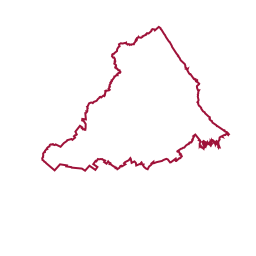 Waitomo District, Waikato, New Zealand (Robinson projection), rotated 142°
{"feature_id": "76426892B29950050378985", "entity_name": "Waitomo District", "entity_type": "district", "adm_level": 2, "iso_a3": "NZL", "parent_name": "New Zealand", "parent_adm1": "Waikato", "projection": "robinson", "projection_center": [174.849, -38.431], "detail": "fine", "context": "isolated", "style": "outline", "palette": "rose", "viewbox_px": 256, "rotation_deg": 142, "n_neighbors": 0, "source": "geoboundaries", "source_scale": "gbopen_adm2", "svg_char_len": 5668}
<svg xmlns="http://www.w3.org/2000/svg" viewBox="0 0 256 256"><g transform="rotate(142 128 128)"><path d="M81.0,71.7L82.4,69.9L81.9,70.1L81.6,69.7L82.2,68.9L81.8,68.7L82.3,67.8L82.2,67.6L81.7,67.7L81.3,67.2L81.4,66.5L81.0,66.2L81.3,65.8L81.2,65.2L80.7,65.7L79.9,65.5L79.3,66.1L79.2,66.7L78.8,66.0L78.5,66.8L78.5,67.6L78.8,67.8L78.6,68.3L78.8,68.6L77.8,71.1L77.3,70.7L76.5,71.2L76.3,70.8L77.5,69.6L77.7,67.9L76.6,68.3L75.8,69.4L75.3,68.5L76.7,67.0L77.0,66.1L75.1,66.9L74.6,67.8L74.1,68.0L74.5,66.3L74.4,65.6L73.8,65.3L73.7,63.1L72.5,63.7L71.8,63.8L72.5,64.5L72.5,66.4L71.9,66.6L71.8,65.9L71.3,66.5L71.4,65.8L72.0,65.7L71.4,65.3L70.1,66.4L70.4,65.5L69.8,65.1L69.5,65.2L69.4,66.0L69.1,66.6L68.9,66.5L69.0,65.1L68.5,65.2L68.4,64.3L68.9,64.1L68.7,63.6L69.2,63.4L68.7,62.8L68.9,62.4L68.5,62.3L69.2,61.0L68.5,61.3L67.7,63.2L67.3,62.9L66.3,63.2L66.2,62.8L67.0,62.8L67.2,62.2L66.5,61.5L65.5,61.7L66.5,60.7L67.1,61.3L67.5,61.2L67.7,58.5L68.1,57.9L68.6,57.6L68.4,57.2L68.6,56.7L68.0,56.9L67.7,56.5L66.8,59.4L65.3,61.6L62.9,62.5L62.9,62.9L61.6,64.1L59.7,63.9L59.2,63.1L59.2,63.6L58.5,63.6L56.8,63.3L55.7,62.6L55.2,62.9L54.3,62.8L53.8,62.1L53.3,60.8L52.8,61.2L52.4,61.1L52.4,62.5L52.8,63.3L52.6,63.8L53.6,65.3L53.5,65.8L53.9,66.5L53.6,66.9L54.0,67.1L56.4,74.6L56.8,74.8L56.7,75.9L58.1,80.3L57.6,82.0L58.1,82.7L58.4,84.5L58.1,85.2L57.5,85.2L56.9,86.2L57.4,87.3L58.0,91.0L58.2,92.0L57.9,93.1L58.6,95.0L58.4,98.2L57.9,98.9L58.1,101.3L58.4,101.9L57.8,104.0L57.2,104.5L57.4,105.6L55.8,106.1L55.2,106.6L53.6,109.9L52.7,110.6L52.3,111.5L51.4,111.9L50.9,112.7L49.6,113.7L48.8,114.0L49.6,114.7L49.0,116.8L48.3,118.1L47.8,118.6L44.5,118.8L44.9,118.9L44.6,119.1L45.1,121.7L44.6,122.4L44.9,122.4L44.7,122.8L45.4,122.7L45.7,123.0L45.5,123.5L44.9,123.7L44.7,124.8L45.4,124.9L45.6,126.3L45.9,126.3L45.6,132.0L46.1,132.2L46.3,133.2L45.7,137.0L44.7,137.7L45.3,137.7L45.5,138.1L45.1,137.9L45.0,138.2L45.3,140.8L44.5,141.7L43.9,143.4L44.8,149.0L44.2,151.6L44.3,154.0L43.9,154.1L43.9,154.8L44.0,156.6L43.3,165.0L42.9,165.8L42.2,170.4L42.5,170.8L42.1,176.3L41.6,178.7L41.7,179.5L41.1,184.9L41.3,185.6L40.9,186.6L41.5,188.7L46.7,188.4L46.5,189.4L47.9,190.9L48.5,190.6L49.2,190.7L50.0,190.0L53.6,189.8L54.6,191.0L56.1,190.4L56.3,190.8L57.3,190.6L60.1,191.3L60.5,190.9L62.2,191.1L63.3,192.5L64.1,192.9L64.0,193.2L64.5,193.0L65.4,193.4L66.2,193.0L66.5,192.2L67.3,191.7L68.5,191.6L68.4,192.1L69.6,191.3L71.2,191.0L71.8,190.4L73.5,191.6L74.1,191.5L75.0,192.6L75.5,192.5L75.6,193.4L76.0,193.8L77.0,194.0L77.1,195.1L77.5,195.8L77.2,196.2L77.6,196.2L77.7,196.7L80.3,197.9L81.5,199.2L83.6,199.5L84.4,197.5L85.5,197.7L87.2,197.1L88.1,196.7L89.3,195.4L92.5,195.4L93.4,195.1L94.6,195.7L95.2,195.6L95.5,195.3L95.5,194.9L96.4,194.4L96.4,192.6L95.6,192.1L95.9,190.3L97.5,188.7L97.0,188.4L97.2,188.1L99.2,187.1L98.7,185.3L99.0,184.9L99.1,184.3L99.7,183.8L100.7,183.8L100.9,183.3L100.4,182.5L100.5,181.9L99.9,181.4L100.1,179.5L99.2,178.8L99.5,178.4L99.3,177.2L99.7,176.6L100.4,176.4L101.5,177.2L102.2,177.2L102.9,176.8L103.5,177.0L103.8,176.1L104.7,176.8L106.1,176.6L107.1,177.0L107.5,176.4L110.0,175.7L110.8,175.6L111.3,175.2L111.6,175.5L112.1,174.8L112.6,175.0L113.9,174.6L113.8,173.9L115.8,173.4L116.3,172.7L117.0,172.4L116.9,171.6L119.0,171.0L118.9,169.4L119.8,169.4L122.0,170.6L122.2,171.0L123.0,171.1L122.9,170.5L123.9,170.2L124.1,169.7L125.5,168.9L125.7,168.3L127.0,167.7L127.5,168.7L130.3,168.6L130.6,169.6L131.2,169.8L131.5,169.5L134.2,169.3L135.6,168.8L136.7,168.9L138.6,169.6L140.4,169.3L140.7,170.2L141.7,170.9L143.5,171.4L146.6,169.8L147.2,169.9L147.5,168.4L148.2,168.2L149.6,166.4L150.2,166.1L150.6,166.6L150.9,165.9L151.9,165.7L152.5,166.0L155.9,160.7L158.4,163.3L159.5,162.2L158.6,160.8L158.9,157.2L161.5,154.0L162.6,153.0L162.9,153.7L163.4,153.6L163.5,154.1L164.3,154.7L163.9,155.5L164.6,156.3L164.5,156.8L163.8,157.0L164.5,159.3L171.7,157.5L172.4,154.4L173.8,154.5L174.2,154.9L175.7,154.8L175.7,153.0L179.1,152.9L179.3,154.1L183.4,155.8L184.3,155.4L187.9,155.6L192.7,154.7L195.1,159.6L196.2,159.6L197.2,160.9L197.0,161.3L197.5,161.8L198.3,161.9L198.9,162.6L199.7,162.8L200.4,162.6L201.2,161.8L202.8,162.2L204.2,162.0L204.5,161.9L204.6,161.1L205.9,161.4L207.5,161.1L208.3,160.2L208.8,160.6L210.6,160.1L211.8,158.4L212.4,158.1L212.7,157.4L214.2,157.0L215.1,155.4L214.6,154.4L214.7,153.0L214.1,151.7L214.2,150.9L211.9,139.8L203.9,141.2L199.2,136.2L200.2,135.7L196.7,132.0L196.8,131.5L189.3,124.4L188.1,120.8L181.6,122.0L179.5,115.1L176.1,116.1L177.6,120.9L173.8,122.0L173.5,121.2L170.8,122.1L170.2,121.2L168.4,120.2L167.9,119.5L167.4,119.3L167.1,117.9L166.2,116.8L166.1,116.4L167.8,115.9L166.9,113.1L164.2,113.9L164.2,112.4L163.8,111.8L164.3,111.4L163.9,111.0L164.6,110.7L163.8,109.9L163.7,108.9L162.8,106.1L162.3,105.6L162.6,104.1L161.6,103.8L161.8,102.1L159.2,101.9L157.5,102.7L156.5,102.4L156.5,101.5L152.4,101.0L152.8,102.7L151.3,102.9L147.3,102.1L144.7,102.8L144.8,102.0L146.6,98.3L143.5,97.7L143.3,95.7L144.6,93.4L140.6,92.3L140.5,91.8L140.0,91.6L139.6,91.6L139.1,92.5L138.5,92.6L138.5,92.3L139.5,91.0L138.2,89.7L139.2,89.1L139.3,87.4L138.8,85.0L137.9,83.4L135.1,84.7L132.7,84.7L131.2,85.0L131.3,85.6L128.8,85.7L129.6,84.6L129.5,84.4L126.3,83.4L121.5,81.1L119.9,81.0L116.8,80.1L116.0,78.8L116.0,75.1L115.7,75.1L115.4,74.6L109.2,74.5L109.4,74.0L110.6,73.1L110.7,72.7L110.3,72.3L106.2,72.6L105.9,72.2L105.0,72.1L104.6,72.5L103.1,72.5L102.7,73.8L103.5,75.0L102.5,75.4L102.9,76.3L102.4,78.0L103.4,78.6L103.6,79.1L103.4,79.3L99.0,79.0L98.3,78.6L96.8,78.5L95.7,77.9L93.2,78.5L90.8,78.4L90.1,77.9L89.4,78.4L88.6,78.2L88.4,78.6L87.3,78.2L86.9,77.7L84.4,78.7L84.6,79.2L81.3,80.6L81.5,81.4L79.0,81.4L78.9,74.4L79.6,74.5L79.2,73.3L79.7,72.2L81.0,71.7Z" fill="none" stroke="#9f1239" stroke-width="2"/></g></svg>